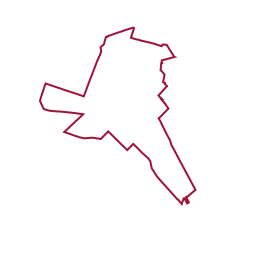 Zeist, Utrecht, Netherlands, rotated 157°
{"feature_id": "6326949B68881677079374", "entity_name": "Zeist", "entity_type": "district", "adm_level": 2, "iso_a3": "NLD", "parent_name": "Netherlands", "parent_adm1": "Utrecht", "projection": "albers", "projection_center": [5.247, 52.115], "detail": "fine", "context": "isolated", "style": "outline", "palette": "rose", "viewbox_px": 256, "rotation_deg": 157, "n_neighbors": 0, "source": "geoboundaries", "source_scale": "gbopen_adm2", "svg_char_len": 5165}
<svg xmlns="http://www.w3.org/2000/svg" viewBox="0 0 256 256"><g transform="rotate(157 128 128)"><path d="M172.1,135.5L165.9,133.5L165.2,133.2L164.5,133.0L157.3,128.5L156.2,129.0L155.3,129.4L153.2,130.2L150.5,131.4L147.6,132.6L146.2,129.4L145.8,128.3L145.1,126.7L143.0,121.5L142.3,119.8L141.6,118.3L141.0,116.7L137.3,108.0L129.4,111.3L128.0,108.0L126.8,105.2L125.7,102.2L124.9,100.1L124.6,99.5L124.4,98.9L121.7,93.3L121.2,92.2L121.1,91.8L120.9,90.9L120.8,90.0L120.6,89.0L120.5,88.6L120.8,87.4L121.1,85.5L121.4,84.1L121.5,83.7L121.9,81.4L121.7,80.4L121.3,78.2L120.8,75.4L120.7,74.9L120.6,74.3L120.4,73.3L120.4,73.1L120.3,72.4L120.0,71.2L119.5,69.4L119.3,69.0L119.2,68.8L119.1,68.5L118.9,67.9L118.8,67.6L118.7,67.3L118.5,66.6L116.9,62.0L115.9,59.1L114.6,55.3L114.4,54.7L112.8,50.0L110.3,42.9L110.1,42.9L109.8,42.1L109.5,40.9L108.9,39.1L108.2,37.1L107.6,37.9L106.8,38.7L104.8,40.8L104.2,41.5L103.5,41.2L103.3,39.2L103.2,37.2L103.0,35.5L102.6,35.6L101.3,35.7L101.1,35.8L101.1,36.2L101.2,37.9L101.3,38.8L101.4,40.9L101.4,41.2L101.4,41.5L101.4,41.8L100.8,41.7L100.3,41.7L100.2,41.7L99.8,41.8L99.5,41.8L98.2,42.2L94.9,43.2L92.9,43.8L92.6,43.9L90.4,44.5L90.1,44.6L90.2,46.1L90.3,47.7L90.4,47.8L90.4,48.0L90.5,49.2L90.5,49.6L90.5,49.8L90.6,50.7L90.6,51.1L90.7,51.3L90.7,51.8L90.8,52.6L91.0,54.6L91.0,55.6L91.1,56.6L91.5,60.2L91.5,61.0L91.6,61.3L91.6,61.9L91.8,63.6L91.8,64.3L91.9,64.6L92.1,66.6L92.1,67.0L92.2,68.1L92.7,73.6L92.7,73.9L92.8,74.5L92.8,75.0L93.2,78.6L93.2,79.4L93.3,80.0L93.3,80.8L93.5,82.3L93.7,85.0L94.0,88.6L94.2,90.6L94.3,91.6L94.5,94.1L94.6,94.9L94.7,95.7L94.1,100.5L94.2,101.4L94.3,102.3L94.5,103.3L94.5,103.9L94.6,105.0L94.8,106.9L94.9,108.3L95.0,110.0L95.0,110.4L95.0,111.0L95.1,112.3L95.3,115.3L95.4,116.5L95.4,117.1L95.5,118.3L95.5,120.9L95.7,122.5L96.0,124.9L93.9,125.6L92.4,126.2L91.4,126.6L90.7,126.9L88.6,127.9L85.9,128.9L84.3,129.6L83.2,130.0L84.2,134.8L84.2,135.0L84.2,135.6L84.3,135.7L84.3,135.9L84.4,136.0L84.6,136.3L84.7,136.6L84.8,136.8L84.8,137.1L84.8,137.5L84.9,137.9L85.1,138.1L85.5,139.3L85.7,140.0L85.9,140.6L86.1,141.1L85.8,141.0L85.2,140.9L85.9,142.5L86.3,143.4L87.3,146.0L76.2,151.1L75.8,151.1L75.7,151.2L76.3,152.8L76.6,153.4L76.9,154.2L76.3,155.1L77.7,156.2L77.6,156.3L77.5,156.5L77.4,156.7L77.3,157.3L75.7,159.5L75.2,160.3L73.5,162.8L73.6,163.2L73.8,163.7L73.9,164.2L74.8,167.3L75.0,167.7L75.1,167.9L75.3,168.1L75.5,168.3L72.1,174.6L70.4,174.0L71.6,174.9L70.4,177.1L70.2,177.1L69.0,176.8L68.4,176.8L67.7,176.7L66.0,176.4L65.2,176.2L63.1,175.9L62.7,176.0L61.8,175.8L61.0,175.7L60.8,175.7L60.7,175.7L59.2,175.4L58.5,175.3L58.3,175.3L57.5,175.2L57.6,175.3L57.8,176.4L57.9,177.1L57.9,177.5L58.2,179.3L58.3,179.8L58.7,181.9L59.4,186.3L59.9,189.5L60.3,189.6L61.3,190.1L61.6,190.2L61.7,190.3L62.1,190.7L62.4,190.8L62.7,191.0L62.9,191.1L63.1,191.1L63.3,191.1L63.5,191.0L63.8,191.2L64.1,190.8L64.3,190.7L64.6,190.5L64.9,190.3L65.0,190.2L65.1,190.3L65.4,190.4L68.7,193.3L69.5,194.0L70.2,194.7L70.8,195.2L71.2,195.5L72.1,196.2L72.5,196.5L74.8,198.3L76.7,199.6L77.2,200.0L77.6,200.3L80.1,202.1L81.2,202.9L81.3,202.9L81.4,203.1L81.6,203.2L82.3,203.7L82.7,204.1L83.8,205.0L86.7,207.1L88.6,208.8L89.7,209.6L90.0,209.9L87.3,213.1L86.6,213.9L83.4,217.6L83.7,218.0L83.9,218.2L84.1,218.4L87.6,218.7L88.3,218.8L89.4,218.9L91.5,219.1L97.6,219.5L99.7,219.7L99.8,219.7L100.3,219.7L102.4,219.9L105.4,220.1L106.3,220.1L106.5,220.2L107.1,220.2L110.8,220.5L111.2,219.9L111.3,219.9L111.4,220.0L112.3,220.4L112.4,220.2L112.5,220.1L112.9,220.0L113.1,219.9L113.3,219.7L113.6,219.4L113.9,219.0L114.2,218.6L114.8,217.8L115.1,217.5L115.4,217.2L116.7,215.4L117.1,214.9L117.4,214.7L117.5,214.5L118.1,214.3L118.4,214.1L119.1,213.9L120.1,213.5L120.8,213.3L121.4,213.2L121.6,213.1L121.8,212.9L121.9,212.7L122.2,211.0L122.3,210.6L122.4,210.1L122.5,209.8L122.5,209.7L122.6,209.4L122.7,209.2L122.8,209.0L123.1,208.4L124.2,207.3L124.8,206.7L125.5,206.0L125.9,205.6L126.6,205.0L126.8,204.8L127.5,204.2L130.0,201.9L130.6,201.3L140.1,191.4L142.5,188.9L142.7,188.7L142.8,188.7L153.2,177.7L156.3,174.4L160.3,178.0L161.7,179.2L163.2,180.6L165.3,182.4L166.1,183.0L167.8,184.5L168.9,185.5L170.0,186.4L170.4,186.9L171.1,187.5L171.3,187.6L172.1,188.3L172.4,188.6L173.1,189.2L174.7,190.7L176.6,192.4L177.1,192.8L178.6,194.1L179.0,194.5L180.4,195.8L182.1,197.3L183.1,198.1L183.3,198.3L183.6,198.6L184.0,198.9L185.6,200.4L185.8,200.6L186.2,201.0L186.3,200.8L186.9,200.6L187.0,200.5L187.1,200.4L187.3,200.4L187.5,200.2L187.7,199.9L187.9,199.7L188.2,199.3L188.4,199.1L188.5,198.9L189.7,197.6L190.2,197.1L190.3,196.9L190.7,196.4L191.3,195.7L191.9,195.1L192.0,194.8L192.3,194.5L192.6,194.3L193.0,193.9L193.4,193.5L193.7,193.2L193.9,193.0L194.0,192.9L194.2,192.6L194.3,192.5L194.4,192.4L194.6,192.0L194.7,191.9L195.7,190.8L197.0,189.2L198.5,187.2L198.2,180.2L198.1,178.3L197.8,178.1L194.6,175.4L193.3,174.5L192.7,174.1L189.3,172.3L186.5,170.8L183.9,169.6L182.6,168.9L175.0,164.7L174.6,164.5L173.2,163.7L168.6,161.0L165.6,159.2L163.9,158.2L164.1,158.1L165.1,157.7L165.4,157.6L166.6,157.1L167.1,157.0L167.5,156.8L171.2,155.4L172.3,155.1L173.3,154.7L188.2,149.2L184.0,145.4L179.0,140.8L177.7,139.7L176.3,138.4L173.5,136.5L172.1,135.5Z" fill="none" stroke="#9f1239" stroke-width="2"/></g></svg>